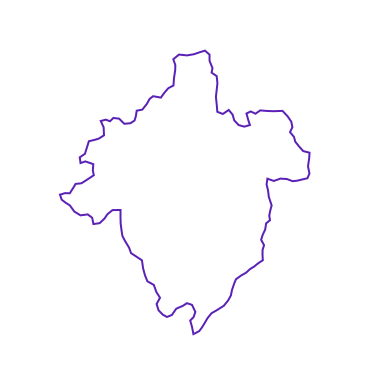 outline of Chácara, Minas Gerais, Brazil, rotated 338°
{"feature_id": "56859067B60950226665994", "entity_name": "Chácara", "entity_type": "district", "adm_level": 2, "iso_a3": "BRA", "parent_name": "Brazil", "parent_adm1": "Minas Gerais", "projection": "mercator", "projection_center": [-43.214, -21.689], "detail": "fine", "context": "isolated", "style": "outline", "palette": "violet", "viewbox_px": 384, "rotation_deg": 338, "n_neighbors": 0, "source": "geoboundaries", "source_scale": "gbopen_adm2", "svg_char_len": 2125}
<svg xmlns="http://www.w3.org/2000/svg" viewBox="0 0 384 384"><g transform="rotate(338 192 192)"><path d="M315.7,199.6L310.4,195.7L308.2,189.5L306.6,184.0L307.2,179.0L305.3,173.2L309.4,169.5L310.4,164.0L309.0,157.6L306.3,150.7L297.8,147.6L292.0,145.0L285.8,141.9L280.2,143.2L276.6,139.3L271.9,139.6L271.1,146.5L270.8,151.6L265.0,151.0L260.3,147.4L258.0,141.4L258.6,135.4L256.8,129.7L249.8,131.2L245.5,127.1L247.5,120.8L249.8,112.8L252.9,107.0L256.3,100.7L258.3,93.8L254.9,88.7L257.4,84.8L257.4,77.0L259.7,71.2L257.0,65.8L251.4,65.3L245.5,65.0L238.6,63.5L231.4,59.7L224.4,61.9L224.1,68.0L222.2,72.5L217.9,79.8L214.7,86.3L208.9,86.9L203.6,89.6L198.5,92.8L191.8,88.6L187.4,89.9L183.3,93.3L176.8,97.0L171.2,95.9L168.4,100.6L165.5,104.2L160.8,105.2L154.8,103.4L151.9,96.7L146.8,93.9L142.5,95.7L139.1,92.6L134.0,92.0L134.3,99.0L131.6,106.5L125.4,107.6L120.0,107.0L115.4,106.3L111.8,110.7L107.0,116.5L100.9,117.8L99.5,123.4L104.6,123.7L110.9,129.2L108.1,134.9L107.3,139.6L101.2,140.9L92.8,142.5L87.1,140.9L83.0,144.0L78.2,147.4L73.9,145.5L68.6,145.0L68.3,150.3L70.8,154.6L73.7,158.6L75.6,166.1L79.9,171.9L86.9,173.7L89.8,178.5L88.6,184.8L94.7,186.3L101.0,183.8L105.3,180.9L111.5,179.0L119.0,181.9L116.1,189.0L114.0,194.7L112.1,201.9L111.0,206.9L111.6,212.7L112.8,219.9L112.6,225.9L115.9,230.6L120.0,236.6L118.1,244.3L117.2,251.6L117.2,258.1L121.8,263.9L121.5,271.5L122.7,278.1L117.2,282.6L116.7,289.3L119.0,294.8L122.0,298.5L127.2,298.5L133.7,294.3L141.1,294.1L145.6,293.2L149.7,296.6L150.2,304.4L146.6,308.6L142.2,310.5L141.5,316.9L140.1,324.3L146.6,323.7L150.5,321.3L154.6,318.3L159.1,314.8L164.7,311.7L170.7,310.9L178.9,309.4L185.0,306.0L189.4,302.4L192.3,297.9L196.8,292.7L200.0,289.4L206.3,287.8L211.9,287.1L216.9,285.2L221.7,284.4L226.5,282.9L232.1,281.8L233.8,276.8L235.7,272.2L238.9,268.3L238.2,262.2L241.5,258.2L245.8,254.2L249.0,248.8L253.7,247.4L254.8,242.8L257.7,238.4L260.8,234.3L261.4,225.3L263.1,218.9L264.0,212.9L266.9,207.9L272.0,212.4L279.0,212.7L284.8,215.5L289.4,219.7L294.2,221.0L299.3,221.7L304.1,222.5L307.8,218.9L309.2,211.6L313.3,204.6L315.7,199.6Z" fill="none" stroke="#5b21b6" stroke-width="2"/></g></svg>